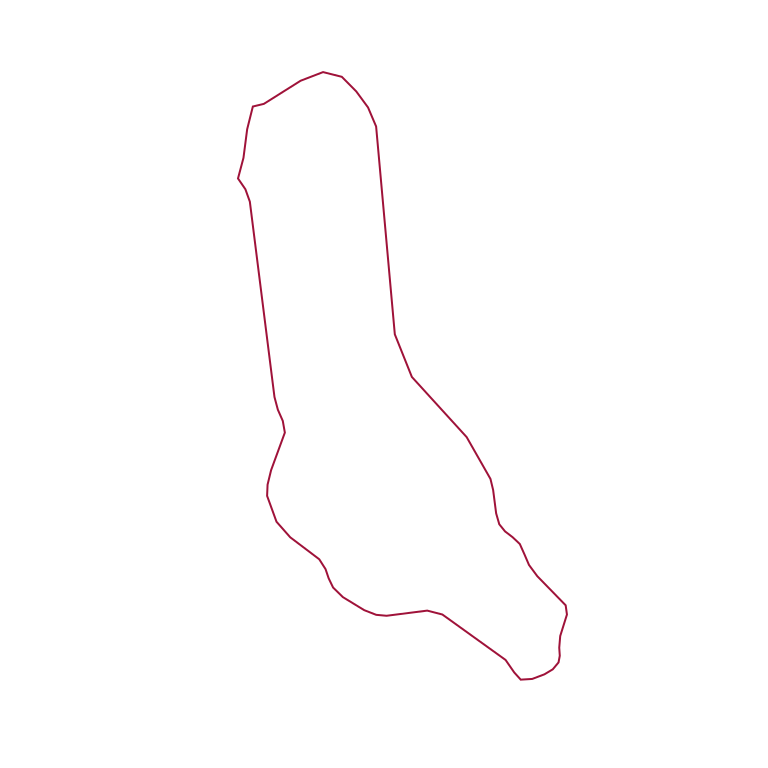 the state/province of Andjazîdja, rotated 349°
{"feature_id": "COM-4935", "entity_name": "Andjazîdja", "entity_type": "state/province", "adm_level": 1, "iso_a3": "COM", "parent_name": "Comoros", "parent_adm1": "", "projection": "natural_earth1", "projection_center": [43.361, -11.647], "detail": "fine", "context": "isolated", "style": "outline", "palette": "rose", "viewbox_px": 768, "rotation_deg": 349, "n_neighbors": 0, "source": "natural_earth", "source_scale": "10m", "svg_char_len": 856}
<svg xmlns="http://www.w3.org/2000/svg" viewBox="0 0 768 768"><g transform="rotate(349 384 384)"><path d="M489.4,578.2L491.8,589.3L497.8,601.9L520.1,635.9L519.6,645.2L508.9,665.0L505.7,676.3L504.7,684.3L502.2,690.6L495.2,696.3L486.1,699.6L473.2,701.8L461.8,700.3L456.8,692.0L450.7,678.1L397.3,621.4L383.2,614.7L342.3,612.0L332.3,609.1L321.4,602.2L303.0,585.4L295.2,574.1L292.6,564.2L291.3,554.6L287.0,543.7L262.7,516.6L252.2,498.7L247.9,471.5L250.5,460.6L256.7,447.1L277.4,412.8L277.6,400.9L274.9,389.0L274.0,375.9L287.1,179.4L285.1,166.4L279.9,154.4L289.2,135.2L298.3,107.8L308.2,86.6L319.5,86.1L360.0,70.4L383.7,66.2L401.2,74.4L412.6,91.5L421.1,109.5L425.4,129.7L404.1,337.3L412.7,382.4L455.0,451.9L470.4,497.5L470.9,508.9L469.4,532.4L470.4,543.7L474.7,551.8L481.0,558.9L486.8,567.0L489.4,578.2Z" fill="none" stroke="#9f1239" stroke-width="2"/></g></svg>